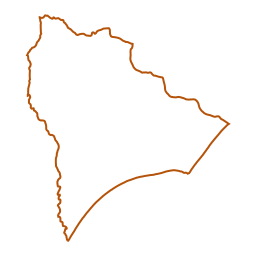 outline of Tilomar, Cova Lima, East Timor
{"feature_id": "22284137B39285760424005", "entity_name": "Tilomar", "entity_type": "district", "adm_level": 2, "iso_a3": "TLS", "parent_name": "East Timor", "parent_adm1": "Cova Lima", "projection": "equal_earth", "projection_center": [125.135, -9.378], "detail": "fine", "context": "isolated", "style": "outline", "palette": "amber", "viewbox_px": 256, "rotation_deg": 0, "n_neighbors": 0, "source": "geoboundaries", "source_scale": "gbopen_adm2", "svg_char_len": 5558}
<svg xmlns="http://www.w3.org/2000/svg" viewBox="0 0 256 256"><path d="M27.1,55.2L27.5,55.3L27.8,55.6L28.0,56.1L28.2,57.6L28.3,59.0L28.5,60.0L28.9,60.5L29.6,61.2L29.9,61.8L30.6,63.6L30.7,64.3L30.3,66.2L29.3,67.6L29.2,67.9L29.3,69.1L29.5,69.6L29.8,70.0L29.9,70.6L29.7,74.3L29.7,75.6L29.8,78.4L30.0,79.4L29.7,79.8L29.3,80.6L29.3,81.6L29.7,82.6L28.2,88.8L28.3,89.9L28.1,91.0L28.2,91.9L28.2,93.2L28.1,93.8L27.8,94.4L27.8,94.9L27.8,95.7L29.2,95.0L29.7,95.4L30.1,96.6L30.2,97.4L29.0,99.8L28.9,100.9L29.0,103.0L30.4,104.3L30.6,104.7L30.8,105.2L30.9,105.9L30.7,107.4L31.2,108.3L31.5,108.6L32.0,108.6L33.2,108.3L33.6,108.3L33.7,108.5L33.9,110.4L35.5,111.3L35.7,111.5L36.0,112.0L37.1,113.1L37.3,113.8L37.4,115.2L37.3,115.9L37.5,116.5L37.8,117.1L38.3,118.6L38.6,119.2L39.6,120.0L40.6,120.4L42.3,120.4L44.0,120.7L44.5,121.0L44.9,121.5L45.5,123.4L45.6,123.7L46.0,124.9L46.2,126.5L46.2,128.4L46.3,128.9L46.4,129.6L46.9,130.3L48.0,131.1L48.4,131.9L48.9,133.7L49.4,134.4L50.2,134.8L50.5,135.0L51.6,134.9L52.5,135.1L53.5,135.8L54.0,136.2L54.2,136.6L54.3,137.1L54.5,137.4L55.2,139.6L55.5,140.3L56.8,141.7L57.1,142.4L58.0,143.8L58.1,144.1L58.6,145.2L58.8,147.1L58.3,149.3L57.7,150.4L57.6,150.8L57.2,152.6L56.8,153.4L56.8,155.0L56.6,156.2L56.4,156.7L55.9,158.6L55.8,161.2L55.9,163.5L56.0,164.6L56.0,165.9L56.2,166.5L56.5,167.0L57.0,167.9L57.3,168.5L57.6,169.3L57.8,169.5L57.9,170.0L58.3,171.0L59.1,171.9L59.5,172.5L59.9,173.8L59.9,174.4L60.4,176.1L60.4,177.3L60.1,178.0L59.4,178.6L58.6,179.2L58.1,180.0L57.4,181.7L57.4,182.0L57.4,183.2L57.7,185.6L57.8,186.1L58.0,186.4L58.2,186.5L59.8,186.6L60.1,186.8L60.3,187.6L59.5,189.8L58.7,191.2L57.6,193.9L57.8,194.7L58.3,194.8L59.7,194.7L59.8,195.0L59.9,195.4L59.4,196.2L58.8,196.9L58.6,198.5L58.6,198.9L59.0,199.5L60.2,199.6L60.4,200.0L60.5,200.5L60.3,201.9L60.3,202.5L60.1,203.1L59.0,203.9L58.4,204.6L58.0,205.0L57.9,205.3L58.3,206.3L59.5,208.2L59.7,208.9L59.9,209.2L60.1,210.5L60.1,211.2L59.9,212.1L59.7,212.6L59.0,213.5L58.6,214.0L58.1,215.4L58.1,215.7L58.3,216.8L59.5,216.8L60.1,217.4L60.3,218.1L60.4,219.0L60.4,221.0L60.5,221.3L61.1,221.7L61.6,221.8L62.3,222.1L62.7,223.0L62.6,223.6L62.8,225.0L63.0,225.9L64.7,226.3L65.6,226.7L66.2,227.2L66.5,227.6L66.6,227.9L66.7,228.6L66.5,228.8L65.7,228.7L65.4,229.0L65.2,229.4L64.8,231.1L64.2,232.5L64.4,233.2L65.2,233.8L65.7,235.1L66.2,235.6L66.4,236.1L66.5,237.1L66.9,239.2L67.3,240.1L67.7,240.5L68.1,240.5L68.3,240.6L69.3,239.1L70.4,237.1L73.2,232.6L73.8,231.8L75.6,228.7L76.9,226.6L77.5,225.8L78.6,224.0L82.7,218.1L83.6,217.1L86.9,212.7L87.7,211.9L90.4,208.6L92.7,206.0L93.7,204.8L96.0,202.4L100.7,198.1L103.2,195.9L105.8,193.8L110.3,190.5L112.1,189.4L113.0,188.7L114.5,187.8L116.2,186.7L119.2,185.0L121.9,183.6L124.7,182.3L126.3,181.4L128.6,180.5L131.7,179.5L132.7,179.1L136.7,177.7L140.4,176.8L142.4,176.5L144.7,176.0L150.2,175.1L153.3,174.8L154.8,174.5L155.6,174.2L157.6,173.9L161.5,173.0L166.1,171.5L169.4,170.8L172.7,170.3L174.4,170.2L178.9,170.9L180.2,171.4L181.5,171.5L182.7,172.0L183.4,172.6L184.2,172.9L185.3,172.7L186.4,172.8L186.9,173.0L187.7,173.7L189.1,173.1L189.7,172.4L191.6,169.3L194.9,164.7L196.0,163.4L196.5,162.6L199.6,158.9L203.3,154.3L204.1,153.1L206.0,150.6L207.2,148.8L207.9,148.0L209.6,145.4L211.4,143.0L214.9,138.7L218.2,134.9L221.2,131.2L222.8,129.5L225.9,126.4L227.6,124.7L228.9,123.9L222.8,119.8L222.1,119.5L220.9,118.8L219.5,117.0L218.7,116.4L218.1,116.3L217.1,116.3L215.6,116.7L214.8,116.8L213.2,116.4L210.5,115.3L207.2,114.5L205.8,114.0L204.2,113.1L201.5,110.7L200.4,109.2L199.6,107.9L198.9,105.8L198.6,104.3L198.3,103.4L198.0,102.7L197.0,101.2L195.6,99.9L195.1,99.6L193.7,99.3L188.5,99.6L186.0,99.3L184.7,98.6L183.1,98.0L182.1,97.8L180.8,97.3L178.4,96.9L176.2,97.3L174.5,97.3L171.4,96.9L170.4,96.5L169.4,95.8L168.5,94.6L166.6,92.7L166.1,91.9L165.6,91.1L165.2,90.0L165.0,88.3L164.9,86.6L164.5,84.3L164.2,83.2L163.9,82.3L163.1,78.7L162.8,77.9L162.4,77.5L158.5,76.7L155.4,75.7L154.0,75.6L153.3,75.2L152.7,74.6L151.7,73.6L151.2,72.8L150.4,72.4L149.8,72.4L148.8,72.7L147.8,72.8L146.2,72.4L143.0,72.5L142.5,72.6L141.9,72.6L141.1,72.0L139.4,71.1L136.3,69.9L135.4,69.2L134.5,68.3L133.5,67.0L132.8,65.3L131.0,61.7L130.4,59.8L130.4,59.0L130.4,57.5L130.6,55.9L130.6,53.8L130.5,51.9L130.6,50.3L130.8,49.3L132.0,48.0L132.2,47.5L132.5,46.0L132.6,44.9L132.6,43.9L131.5,43.7L130.6,43.4L128.8,42.6L128.1,42.2L126.7,41.9L125.7,42.0L125.2,41.6L124.1,41.1L123.2,40.8L120.5,38.9L119.6,38.4L118.5,38.0L116.1,37.4L111.9,36.8L111.0,36.3L110.5,35.2L110.2,34.4L110.0,33.7L109.9,30.8L109.8,29.8L109.3,28.7L108.8,28.2L103.5,28.6L100.8,29.9L99.2,30.3L97.7,30.9L97.0,31.4L95.9,33.2L95.2,33.7L94.7,33.7L94.3,33.2L94.0,32.7L93.4,32.4L92.9,32.4L92.3,32.6L92.0,33.1L91.9,34.0L91.6,34.9L91.4,35.4L90.4,35.9L86.7,35.5L86.0,35.3L84.1,34.0L83.4,33.8L82.2,33.8L80.0,34.1L78.8,34.6L77.6,35.0L76.3,34.6L75.0,32.9L73.5,32.1L72.9,31.6L70.8,29.4L68.0,27.8L67.7,27.4L67.6,26.8L66.8,25.3L65.7,24.0L65.4,23.4L65.0,23.0L64.4,22.7L64.0,22.3L63.6,21.4L63.4,20.4L63.1,20.1L62.7,20.0L61.8,19.9L61.2,20.0L60.5,19.7L59.2,18.7L58.5,18.2L58.0,18.2L55.7,18.6L55.1,18.5L53.8,17.4L53.4,17.5L53.1,17.9L52.9,18.4L52.6,18.7L51.8,18.6L50.3,17.9L48.0,16.0L47.6,15.7L47.2,15.6L46.6,15.8L45.5,15.4L45.1,15.4L43.5,17.4L42.9,17.7L42.2,17.9L41.5,17.9L39.7,17.3L39.7,18.0L40.1,19.0L40.3,21.1L40.6,21.8L40.8,22.5L40.9,23.2L40.7,24.3L40.7,27.2L40.9,32.8L41.2,33.7L40.5,34.9L40.2,35.8L40.3,37.3L39.8,38.4L38.3,41.0L37.5,41.7L37.0,42.4L36.0,45.2L35.3,46.2L34.5,46.9L33.6,47.4L32.1,47.8L31.8,48.3L31.2,49.1L30.7,49.6L30.3,49.8L29.6,51.3L29.4,51.6L28.7,52.2L28.3,52.7L27.1,55.2Z" fill="none" stroke="#b45309" stroke-width="2"/></svg>